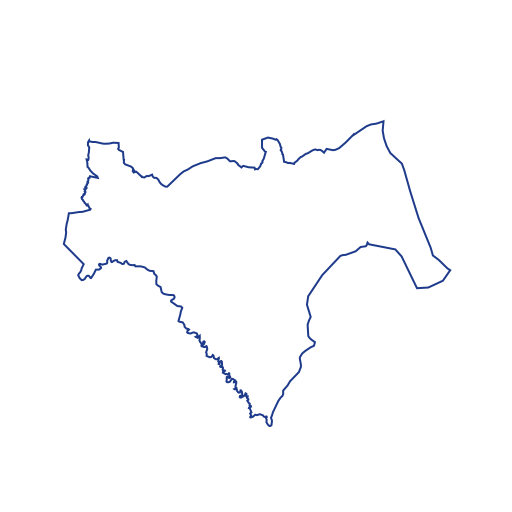 the district of Kyela, Mbeya, United Republic of Tanzania, rotated 14°
{"feature_id": "72390352B41643980878870", "entity_name": "Kyela", "entity_type": "district", "adm_level": 2, "iso_a3": "TZA", "parent_name": "United Republic of Tanzania", "parent_adm1": "Mbeya", "projection": "orthographic", "projection_center": [33.836, -9.544], "detail": "fine", "context": "isolated", "style": "outline", "palette": "blue", "viewbox_px": 512, "rotation_deg": 14, "n_neighbors": 0, "source": "geoboundaries", "source_scale": "gbopen_adm2", "svg_char_len": 6067}
<svg xmlns="http://www.w3.org/2000/svg" viewBox="0 0 512 512"><g transform="rotate(14 256 256)"><path d="M447.9,222.8L444.9,221.8L434.3,215.6L427.5,212.7L423.6,205.9L404.6,179.9L390.0,156.0L379.1,136.9L375.2,131.1L361.4,123.6L356.2,117.8L351.7,110.8L348.6,103.8L347.1,94.4L340.9,98.4L335.8,100.5L331.9,103.3L321.5,114.9L321.3,114.5L315.6,124.1L310.6,131.2L307.3,133.8L305.2,134.7L298.6,135.0L297.0,139.3L294.5,138.0L292.8,137.5L291.2,137.8L290.3,138.4L287.6,138.3L287.0,138.6L285.0,140.1L281.5,143.7L279.6,144.9L276.7,148.3L275.4,149.2L273.6,152.0L273.2,153.2L270.7,156.4L270.7,157.4L266.3,157.5L264.4,158.1L262.9,157.7L260.5,157.8L257.7,151.2L256.9,150.8L256.7,149.9L255.5,148.1L254.5,147.6L254.3,147.1L254.7,146.3L254.3,144.7L253.8,144.6L252.0,141.4L249.0,138.4L247.6,137.7L247.1,138.4L243.7,138.0L238.9,138.2L233.7,141.7L235.7,149.6L239.9,152.8L240.3,152.7L240.0,159.7L239.2,162.4L239.6,163.1L239.5,164.2L238.7,165.0L238.4,167.9L236.8,171.3L234.5,171.7L234.1,172.1L233.2,170.6L227.4,171.7L222.0,171.6L221.1,172.4L220.5,173.6L216.2,171.7L216.0,170.9L213.1,169.5L211.8,169.1L208.0,170.4L204.0,168.1L202.1,167.8L197.6,169.7L193.2,170.8L185.8,176.0L179.8,179.3L172.8,184.4L169.1,188.4L165.3,191.5L162.5,195.2L153.1,210.2L151.3,210.6L148.9,210.0L146.2,208.9L144.5,207.5L142.6,205.4L140.4,204.3L138.4,204.8L136.7,204.0L135.5,202.2L132.5,204.5L130.6,204.8L128.7,206.8L126.1,207.0L125.7,206.3L125.1,206.3L120.6,203.7L119.2,203.2L117.2,204.6L116.7,204.2L117.5,203.9L117.4,202.8L117.1,202.4L116.5,202.2L115.8,202.4L115.6,200.8L113.3,199.5L106.8,198.7L105.2,197.5L104.7,194.6L104.3,194.6L101.8,187.2L97.2,186.2L96.3,185.4L96.7,184.0L95.3,179.6L90.1,180.6L86.4,182.4L82.4,183.6L80.3,184.0L72.6,184.2L70.1,184.9L67.5,185.0L66.6,185.4L66.1,184.3L65.5,186.2L66.1,189.2L67.9,190.9L68.8,196.3L68.8,198.9L69.8,200.9L70.0,202.3L70.0,203.3L68.3,203.3L69.6,205.8L71.0,210.3L72.2,210.9L74.7,213.3L77.9,215.3L82.7,217.2L83.6,218.5L75.6,218.8L75.6,220.4L75.0,220.4L74.3,221.3L75.0,222.7L75.0,224.4L74.5,224.6L74.7,225.4L75.3,225.7L74.4,227.4L74.8,227.7L74.3,229.5L73.8,229.9L74.3,230.7L73.8,231.0L74.0,231.4L75.0,231.3L74.4,232.6L73.5,232.9L74.3,233.5L74.2,234.9L75.0,235.1L75.1,235.4L74.7,236.8L74.9,237.7L74.7,238.0L73.8,237.9L73.4,240.7L72.7,240.9L72.6,241.6L73.4,242.9L74.2,243.2L74.9,244.2L76.0,244.8L76.9,246.0L77.6,246.1L79.3,247.7L80.1,246.8L80.4,247.8L81.0,247.6L82.9,249.9L84.1,250.3L83.9,251.2L76.8,255.2L73.5,256.2L66.9,259.0L64.1,259.8L64.6,266.9L64.5,270.1L65.0,276.2L66.1,279.1L66.7,284.4L66.6,290.2L66.7,290.9L90.8,305.6L89.8,310.2L89.9,312.1L89.5,313.9L88.4,316.1L88.1,317.6L90.3,320.2L92.7,321.6L94.0,321.1L95.3,319.8L96.5,316.5L97.8,315.7L98.9,315.8L100.8,317.4L101.3,317.3L103.0,312.5L103.9,308.0L107.1,307.1L108.5,305.3L108.4,304.5L106.1,303.0L105.7,302.1L106.2,301.4L109.1,301.5L112.9,299.5L113.3,298.6L112.7,296.5L113.3,293.5L114.2,293.0L115.4,293.4L116.5,296.0L117.3,296.8L117.8,296.7L119.4,294.8L120.8,294.0L122.2,293.7L123.1,295.2L125.5,295.3L127.1,295.6L127.6,296.0L128.8,296.0L129.7,295.4L130.0,293.4L131.4,292.2L134.1,294.6L135.8,295.1L138.9,294.7L140.4,294.1L141.4,295.2L146.3,294.0L148.3,293.9L150.9,294.0L153.5,295.3L156.3,296.1L160.2,295.5L161.6,297.9L163.3,298.7L164.7,299.9L165.3,304.6L166.2,307.5L167.9,308.4L170.9,309.2L173.2,313.8L174.9,314.8L176.3,315.1L180.5,314.9L185.5,313.9L186.5,314.7L187.0,315.8L186.6,317.5L184.7,319.3L184.4,320.1L184.7,320.8L191.9,323.6L195.3,323.1L197.0,324.1L196.5,327.9L196.7,331.2L196.5,337.8L197.6,338.3L200.9,338.1L203.2,340.2L203.8,341.9L206.0,343.3L208.1,343.2L208.8,343.6L207.6,345.4L207.7,346.8L208.5,347.2L211.2,347.1L213.4,345.4L214.6,345.1L217.4,345.5L218.4,346.9L218.2,348.0L217.1,349.0L219.2,349.5L220.7,347.1L221.4,349.4L221.5,351.5L222.3,352.7L223.0,353.1L224.4,354.6L225.2,354.8L225.8,354.1L225.6,351.9L226.3,351.3L227.1,351.9L226.7,354.5L224.8,356.0L224.7,356.3L225.1,356.7L227.4,356.9L228.6,356.7L229.6,355.4L230.0,355.6L231.2,357.9L230.9,361.5L231.9,363.0L232.2,364.9L235.4,365.4L236.6,365.1L237.5,364.2L238.0,362.5L238.8,362.8L239.9,365.2L242.2,365.9L243.5,365.3L244.6,363.8L244.8,364.2L244.6,365.4L244.9,367.5L245.9,368.2L245.9,369.8L246.7,369.8L246.6,367.6L246.9,366.8L247.8,366.3L248.4,366.8L249.5,369.9L249.2,370.7L248.0,371.6L248.0,372.0L248.6,372.2L250.6,371.9L251.1,372.5L251.1,374.3L251.7,375.0L253.3,374.6L253.7,374.9L253.3,375.4L252.3,375.9L252.0,376.4L252.1,377.2L254.7,377.9L255.2,378.0L255.8,377.6L257.7,377.7L258.1,376.3L258.4,376.3L259.1,378.5L260.0,379.3L260.4,380.1L259.9,380.8L259.1,380.8L257.5,380.0L257.0,380.4L257.0,381.5L257.6,383.1L257.6,384.8L258.3,385.4L259.4,385.3L261.0,384.4L262.4,381.0L263.2,380.9L266.1,381.8L266.0,382.4L265.0,383.4L265.1,383.9L267.3,383.1L267.6,383.9L267.6,387.5L267.9,388.1L269.1,388.9L269.0,389.3L267.7,389.7L267.1,390.3L267.7,390.5L268.9,389.9L269.6,390.1L270.2,391.4L272.0,392.8L273.4,392.3L273.5,390.1L274.1,390.1L275.1,391.1L276.3,393.9L276.2,394.4L274.3,395.7L274.3,396.7L275.0,397.2L275.9,396.9L278.7,394.2L279.1,391.8L280.0,392.0L280.2,392.3L279.9,394.1L280.8,394.3L281.9,394.1L282.0,394.5L281.4,395.7L282.0,396.2L283.0,396.5L283.4,397.3L282.6,398.5L284.5,400.3L285.6,400.7L285.9,402.4L287.2,402.7L287.6,403.4L286.0,404.6L285.9,405.3L287.0,405.5L289.4,408.9L288.4,410.2L289.9,411.9L289.3,413.7L289.6,414.0L290.4,413.7L292.1,412.5L293.6,410.2L295.4,410.2L297.9,408.6L301.2,408.9L302.2,409.8L303.3,410.0L305.0,409.2L305.4,409.6L304.7,410.6L305.8,411.9L306.4,414.9L308.4,416.8L309.9,417.6L310.8,417.6L311.9,416.5L311.5,412.6L311.0,411.3L309.7,409.3L310.1,406.8L310.2,403.6L312.7,391.3L314.2,387.3L315.4,385.6L315.8,383.5L314.9,380.0L317.9,374.1L319.4,369.2L325.7,358.3L326.4,352.9L325.9,350.6L323.4,345.2L323.1,343.5L324.4,339.5L326.5,336.5L330.8,331.7L333.9,329.1L334.0,328.6L334.0,325.3L329.8,323.7L327.2,322.1L326.2,321.1L325.8,320.1L322.7,310.1L323.0,305.9L323.8,301.9L317.2,290.9L316.4,282.4L324.9,258.5L337.9,235.4L340.1,234.1L342.9,233.1L351.6,227.3L355.3,222.0L360.3,219.9L360.8,218.5L361.0,216.0L362.9,217.3L389.6,215.9L397.4,221.2L420.0,248.3L430.8,244.9L443.3,234.8L447.9,222.8Z" fill="none" stroke="#1e3a8a" stroke-width="2"/></g></svg>